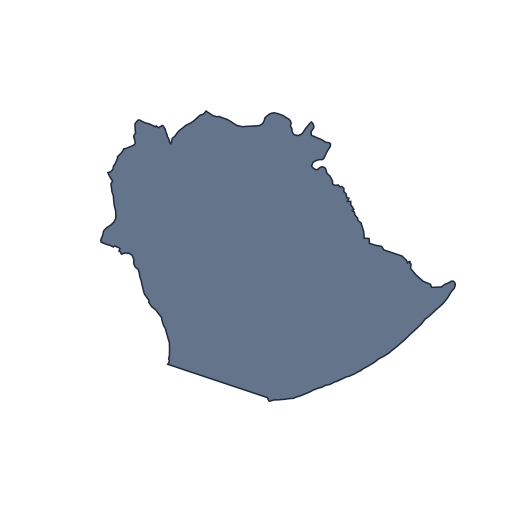 Yutanduchi de Guerrero, Oaxaca, Mexico (Mercator projection), rotated 128°
{"feature_id": "50627088B821547754405", "entity_name": "Yutanduchi de Guerrero", "entity_type": "district", "adm_level": 2, "iso_a3": "MEX", "parent_name": "Mexico", "parent_adm1": "Oaxaca", "projection": "mercator", "projection_center": [-97.304, 17.076], "detail": "fine", "context": "isolated", "style": "filled", "palette": "slate", "viewbox_px": 512, "rotation_deg": 128, "n_neighbors": 0, "source": "geoboundaries", "source_scale": "gbopen_adm2", "svg_char_len": 4106}
<svg xmlns="http://www.w3.org/2000/svg" viewBox="0 0 512 512"><g transform="rotate(128 256 256)"><path d="M395.7,258.9L360.7,160.2L362.3,156.1L358.3,153.1L355.2,149.4L354.9,149.0L353.5,147.7L351.7,145.6L349.8,143.8L346.7,140.7L345.4,139.0L342.8,137.7L340.8,136.3L338.5,134.7L335.8,133.1L330.6,130.3L329.2,129.5L326.6,128.5L321.6,125.4L320.0,124.1L318.2,122.9L315.4,121.8L312.1,119.0L309.9,117.8L306.6,116.4L304.8,115.0L301.8,113.5L300.0,112.6L298.5,111.7L295.8,110.6L293.3,108.4L292.1,108.0L288.3,105.8L284.9,104.5L281.8,102.8L279.3,102.4L273.1,99.6L268.1,97.7L265.5,96.9L261.4,96.0L256.1,93.5L250.0,91.3L247.8,91.0L244.6,90.2L241.0,89.3L237.0,88.6L233.0,87.7L230.4,87.2L226.4,86.7L223.1,86.4L220.3,85.8L215.4,85.0L211.8,84.4L207.6,83.8L201.8,83.9L197.7,82.7L187.2,81.0L183.2,80.2L178.7,79.4L174.2,79.2L170.4,79.3L166.1,79.9L162.5,80.1L159.4,79.9L156.3,81.0L155.1,82.1L154.4,83.7L154.5,85.4L155.7,86.7L158.8,87.8L161.9,89.7L166.3,90.9L172.6,98.3L170.9,101.1L173.0,108.7L172.5,117.9L170.6,126.7L166.9,128.8L167.1,130.3L165.7,130.9L166.0,132.0L168.2,132.4L166.8,134.7L166.1,140.9L172.5,159.0L171.1,162.9L173.7,168.0L176.2,174.3L172.6,177.7L175.4,181.8L172.8,183.9L170.5,186.1L168.0,189.7L165.2,193.8L165.3,197.5L163.6,199.2L162.8,203.3L160.9,205.4L160.9,208.1L159.0,207.6L157.1,213.0L154.6,215.0L156.7,217.5L153.3,218.3L154.1,220.5L151.5,223.3L151.1,226.4L148.6,228.3L148.3,231.0L149.7,232.5L149.4,234.9L151.0,236.6L152.1,238.0L152.0,240.1L149.7,241.9L147.5,246.8L147.2,251.0L145.0,253.9L144.1,255.6L144.3,257.6L145.4,259.3L147.4,260.3L149.8,260.6L151.2,262.2L151.5,264.6L150.9,267.6L147.2,268.7L144.6,267.8L142.5,266.5L140.9,265.2L139.0,262.9L137.2,262.6L133.2,263.6L129.7,264.3L126.8,264.7L124.1,264.8L121.9,266.2L121.6,267.1L122.0,268.7L123.4,271.1L123.8,275.6L124.9,279.6L126.8,286.6L124.2,289.1L119.4,289.4L117.7,290.8L116.5,293.0L116.3,294.9L118.3,295.2L122.2,295.4L124.7,295.4L127.7,295.2L130.4,294.9L132.3,295.4L133.3,296.0L135.0,296.8L136.4,299.2L136.9,300.9L136.4,303.0L135.0,305.0L133.6,306.0L132.3,309.0L129.7,310.1L128.5,311.7L127.9,314.3L128.4,317.5L128.6,320.9L129.6,324.2L130.9,327.7L132.3,330.5L132.8,330.7L133.3,330.8L134.0,331.8L136.6,333.1L139.1,333.6L141.4,334.0L144.4,332.9L146.9,332.3L149.1,332.8L151.4,333.8L160.7,344.4L162.6,346.5L164.2,350.0L164.9,351.3L165.5,357.9L166.0,362.5L166.9,365.1L168.2,369.0L168.6,370.7L170.5,372.8L172.0,376.7L172.2,380.3L172.6,384.7L175.2,384.6L177.3,385.1L178.9,386.5L180.8,387.1L182.9,387.4L185.4,387.8L187.7,388.2L190.9,389.2L193.2,390.2L196.4,391.8L199.7,392.4L202.0,393.1L204.6,393.7L207.2,393.9L209.4,393.7L211.9,393.7L214.4,394.4L217.0,393.6L218.3,392.8L220.0,392.2L219.7,394.1L218.3,395.6L216.9,397.7L216.6,399.5L215.4,400.4L213.3,404.0L212.1,405.4L211.6,406.4L210.6,409.2L210.8,410.3L214.8,411.7L214.9,413.2L215.0,414.8L216.1,414.8L217.4,420.5L217.8,422.0L219.4,425.5L220.5,431.4L220.9,432.2L222.2,432.7L223.7,432.7L224.9,432.8L226.4,432.7L230.3,429.5L233.4,426.5L235.9,426.5L237.3,425.8L239.2,423.1L240.9,421.1L242.3,420.4L244.4,420.8L246.7,422.1L249.6,423.7L251.8,425.0L252.9,426.2L255.4,425.6L257.8,425.6L263.1,426.3L264.1,425.4L266.8,424.6L269.7,423.8L272.7,423.7L275.7,422.2L277.5,422.2L279.2,422.5L281.5,424.1L283.0,421.3L284.3,418.0L285.2,415.2L288.6,414.7L291.7,411.4L293.8,409.4L295.3,407.2L296.6,405.3L299.7,402.5L302.2,400.1L304.3,397.8L306.2,395.2L308.2,393.2L310.7,391.2L313.0,389.6L316.8,388.9L321.1,389.5L325.8,391.2L330.1,391.5L333.3,389.9L335.0,389.3L337.5,388.7L339.3,388.0L340.5,386.6L339.0,381.3L337.5,377.5L336.7,373.9L335.2,373.6L333.9,369.2L333.8,367.8L336.5,367.1L336.2,364.9L337.3,363.8L337.2,362.9L335.4,361.9L333.8,360.6L333.0,358.6L332.1,358.2L331.7,354.3L332.9,351.9L334.4,349.8L336.5,348.4L337.9,346.7L339.1,343.8L339.1,340.4L340.3,338.7L341.4,337.4L343.6,335.1L346.2,331.2L349.0,327.9L353.8,321.8L354.9,319.9L356.8,313.1L358.5,312.1L360.2,306.9L360.2,301.9L361.3,297.8L362.6,292.6L364.3,290.8L366.3,288.2L368.0,285.3L369.2,282.4L371.5,279.5L373.2,277.0L375.2,274.4L377.7,270.8L382.8,266.7L387.7,263.0L391.0,261.4L391.8,259.8L394.0,259.0L395.7,258.9Z" fill="#64748b" stroke="#1e293b" stroke-width="1.5"/></g></svg>